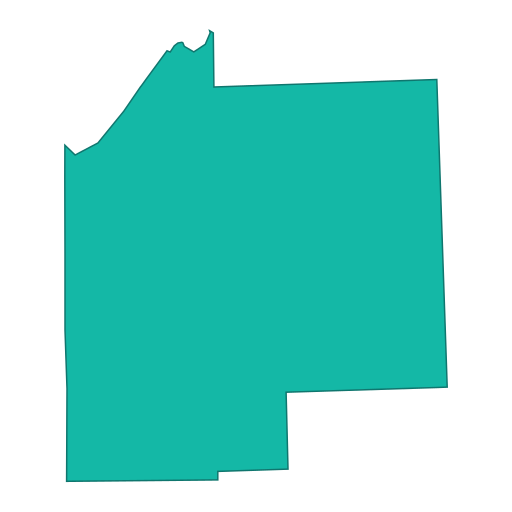 the district of Tuscola, Michigan, United States of America
{"feature_id": "52423323B37995372909550", "entity_name": "Tuscola", "entity_type": "district", "adm_level": 2, "iso_a3": "USA", "parent_name": "United States of America", "parent_adm1": "Michigan", "projection": "orthographic", "projection_center": [-83.511, 43.476], "detail": "fine", "context": "isolated", "style": "filled", "palette": "teal", "viewbox_px": 512, "rotation_deg": 0, "n_neighbors": 0, "source": "geoboundaries", "source_scale": "gbopen_adm2", "svg_char_len": 514}
<svg xmlns="http://www.w3.org/2000/svg" viewBox="0 0 512 512"><path d="M217.8,479.9L217.8,471.4L288.0,469.1L286.1,392.2L436.6,387.5L447.2,387.1L436.8,79.5L213.9,87.0L213.3,32.9L209.6,30.7L210.2,32.8L205.3,44.3L193.8,51.9L184.3,46.4L182.8,42.7L181.8,42.3L177.9,43.0L174.3,45.8L170.2,52.0L167.0,50.8L152.9,70.0L146.8,78.3L141.3,85.9L140.6,86.7L123.8,111.2L97.9,143.0L75.1,155.0L64.9,145.2L64.8,176.9L65.0,253.7L65.0,329.9L67.0,388.8L66.6,481.3L217.8,479.9Z" fill="#14b8a6" stroke="#0f766e" stroke-width="1.5"/></svg>